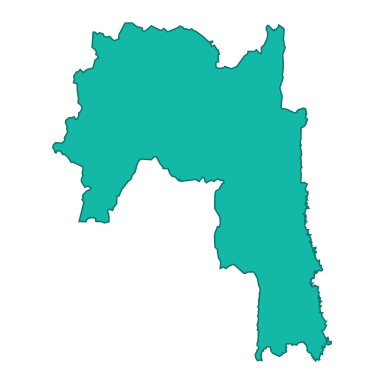 outline of Morona, Morona Santiago, Ecuador
{"feature_id": "8360857B55598712606622", "entity_name": "Morona", "entity_type": "district", "adm_level": 2, "iso_a3": "ECU", "parent_name": "Ecuador", "parent_adm1": "Morona Santiago", "projection": "equal_earth", "projection_center": [-78.014, -2.429], "detail": "fine", "context": "isolated", "style": "filled", "palette": "teal", "viewbox_px": 384, "rotation_deg": 0, "n_neighbors": 0, "source": "geoboundaries", "source_scale": "gbopen_adm2", "svg_char_len": 5947}
<svg xmlns="http://www.w3.org/2000/svg" viewBox="0 0 384 384"><path d="M79.1,221.5L86.1,221.7L87.0,219.2L88.3,218.2L93.1,217.6L95.4,218.4L96.0,221.5L101.4,221.5L104.4,222.9L109.0,221.6L108.9,216.3L107.6,211.5L108.3,209.5L110.1,209.3L112.3,210.4L113.3,209.2L113.3,207.9L116.6,203.7L116.9,195.9L119.0,196.0L121.7,189.6L127.9,181.7L131.1,178.9L132.1,175.5L135.1,172.0L137.2,163.9L139.2,160.3L141.5,159.0L151.2,159.7L154.3,156.5L156.5,157.1L160.5,164.3L162.8,166.7L163.1,168.5L168.2,168.7L169.8,173.4L171.9,176.1L175.5,177.1L178.5,180.5L179.5,179.3L179.6,180.6L180.8,181.3L195.9,179.4L199.1,181.5L202.6,177.1L204.6,178.4L204.9,181.4L206.4,182.8L209.5,180.8L212.2,180.4L214.1,181.5L215.3,180.1L218.6,178.9L220.4,180.6L223.4,180.3L223.8,183.0L222.2,183.6L219.2,189.0L215.8,191.2L215.0,193.8L214.7,208.3L219.9,217.3L220.3,223.5L219.5,226.9L217.6,226.6L215.2,232.3L214.5,236.4L215.1,247.3L217.6,249.4L217.4,251.2L218.7,258.6L219.9,259.4L220.7,262.8L220.2,268.4L223.3,267.0L226.2,268.5L228.2,266.5L232.9,264.3L235.2,265.4L243.7,273.2L245.3,273.4L248.1,272.0L254.0,272.0L257.4,278.3L258.9,285.9L260.4,289.2L259.3,294.1L259.5,297.1L258.8,298.9L259.5,299.6L258.7,300.5L258.9,304.5L257.8,307.0L259.2,309.4L258.2,311.6L258.6,313.5L257.7,315.7L258.4,317.8L258.3,320.7L257.2,324.8L258.1,328.9L257.3,329.8L259.0,331.8L258.2,333.0L258.4,336.8L257.8,340.1L258.5,341.2L257.3,342.5L257.1,345.4L258.2,346.1L258.9,348.7L257.5,349.6L255.2,354.9L255.9,358.0L257.4,360.6L260.5,359.9L261.3,360.6L262.0,360.4L261.1,356.8L261.4,352.7L262.2,351.1L263.4,350.9L263.8,348.9L265.8,348.6L266.8,346.5L270.4,347.0L271.1,351.1L272.6,353.1L279.2,356.3L282.2,354.7L282.3,353.0L284.2,353.2L286.5,351.5L285.8,349.2L286.6,347.7L285.9,345.5L286.2,344.0L291.1,343.7L292.2,345.3L293.7,344.3L296.7,345.1L297.8,343.1L302.2,341.9L304.2,342.2L304.2,343.4L305.9,344.5L307.3,347.8L307.1,350.3L307.7,351.6L311.5,353.8L311.6,355.8L313.5,356.9L313.1,357.7L313.8,357.4L314.0,359.1L315.8,361.0L316.5,358.9L318.5,360.0L319.7,359.7L319.3,357.7L320.7,353.6L322.5,354.4L322.3,351.6L323.6,350.0L322.1,347.7L322.3,346.2L324.2,347.8L324.9,347.2L324.9,345.3L326.5,343.4L328.1,345.0L331.2,343.8L331.2,341.6L330.3,342.0L327.8,340.6L328.4,338.7L327.9,337.4L327.2,337.7L327.1,341.6L326.2,341.7L326.3,339.5L322.0,331.0L324.2,329.8L326.5,325.3L324.5,323.9L326.1,321.5L325.6,321.6L321.9,316.4L321.7,313.9L322.6,312.8L319.9,312.4L320.4,310.9L319.6,308.8L321.0,305.7L319.1,305.9L319.9,303.1L318.6,301.4L320.1,302.3L321.3,301.5L319.9,300.4L320.4,298.0L319.4,298.0L319.0,299.4L318.2,297.4L319.4,296.9L318.5,294.5L319.1,292.4L318.1,291.9L317.6,290.0L318.5,287.1L315.6,285.6L314.5,286.6L314.1,285.3L312.2,286.7L311.3,285.1L312.5,283.4L310.5,284.3L309.9,283.5L311.4,281.7L310.4,279.4L311.5,279.5L312.3,277.7L313.7,278.6L314.4,277.1L314.0,274.1L316.2,273.3L315.9,272.6L314.4,272.9L314.7,271.0L317.4,272.2L318.1,270.4L321.6,270.9L322.6,269.5L321.0,267.3L321.1,265.3L319.6,265.4L319.3,260.4L317.9,261.4L315.8,258.7L315.2,255.7L314.2,255.2L315.0,253.2L315.8,253.4L316.2,251.6L314.9,250.6L313.8,252.5L312.9,250.8L313.3,249.2L314.7,249.9L314.7,248.2L315.8,248.4L315.8,247.3L312.4,248.2L311.5,246.5L312.2,245.7L311.2,244.3L312.1,242.4L311.4,243.2L309.7,242.6L309.9,241.3L310.9,242.3L311.5,241.6L310.7,241.0L311.1,239.7L310.2,237.3L309.2,236.1L310.5,234.8L309.0,234.9L308.5,233.7L307.8,235.0L306.8,234.5L308.5,229.8L305.9,229.7L305.8,227.3L304.6,226.6L304.7,224.7L305.9,222.7L304.7,222.5L304.7,220.7L306.2,220.9L305.0,219.8L305.8,218.9L306.1,216.3L305.7,215.1L304.9,216.7L304.7,215.0L303.4,214.0L304.8,212.9L306.1,208.3L308.8,208.3L308.1,206.8L307.3,206.8L307.7,205.7L306.8,206.6L306.6,205.5L306.0,205.5L305.9,204.5L306.9,204.5L307.0,202.8L305.4,203.3L306.5,199.7L307.4,200.0L307.1,199.0L306.3,199.1L306.9,197.4L305.9,197.5L306.1,196.3L307.3,195.7L308.1,193.7L307.7,191.6L306.6,192.0L305.2,188.8L307.2,184.1L303.9,182.3L301.3,183.3L300.8,182.0L301.2,174.8L300.6,169.1L301.9,166.9L301.2,166.2L301.0,158.8L300.1,158.1L301.3,155.9L301.6,153.4L300.1,145.6L301.1,145.5L300.2,142.4L300.9,139.4L301.1,128.1L304.3,126.2L306.5,123.0L306.2,121.4L307.0,121.0L307.4,119.3L305.4,117.3L306.6,113.5L305.8,113.5L306.2,111.8L305.5,108.9L303.6,108.1L298.0,110.0L295.9,112.6L294.6,113.0L286.4,109.1L282.2,108.8L281.0,107.6L282.1,96.1L279.7,87.9L283.1,77.9L282.4,75.2L283.4,66.2L282.7,54.4L285.2,47.7L284.1,44.5L283.4,38.4L284.1,29.6L283.0,27.9L278.6,25.0L278.6,26.7L275.6,29.9L274.6,29.5L273.5,30.7L268.7,25.6L267.5,25.4L266.1,28.0L267.9,33.8L267.1,38.6L264.0,45.2L261.4,47.3L261.4,53.5L259.2,53.1L256.3,49.7L254.7,51.5L248.1,51.4L247.5,54.2L245.0,55.4L236.7,66.7L231.2,68.8L224.8,66.5L223.7,67.8L220.6,68.3L218.1,68.4L215.9,66.9L215.9,62.3L218.5,61.7L218.1,54.8L219.3,54.3L218.1,49.9L216.9,49.4L214.3,45.3L212.0,46.4L210.3,43.5L212.5,42.2L212.5,41.1L209.5,42.0L207.7,41.0L202.7,36.3L195.3,31.0L193.7,30.9L191.9,28.9L189.2,29.8L185.2,28.7L184.1,29.3L182.8,27.3L179.9,26.0L177.9,27.7L167.8,31.9L163.8,28.4L161.6,30.4L159.9,30.2L151.3,25.9L145.5,30.8L143.6,31.4L142.6,30.6L142.0,27.8L136.8,26.7L132.1,23.0L125.1,23.1L119.2,34.2L118.6,39.0L114.6,40.7L112.7,39.8L109.7,36.3L106.1,37.3L103.9,35.9L102.9,33.7L99.3,32.8L97.3,34.2L94.9,32.1L93.1,32.3L92.1,47.3L95.3,49.7L96.4,52.0L95.8,54.5L97.1,55.1L98.7,58.0L97.0,58.4L95.0,60.4L93.0,67.9L86.9,69.6L83.4,72.6L80.2,69.4L77.8,72.0L76.5,71.9L73.8,76.1L74.3,79.6L73.5,82.7L77.3,83.7L77.3,90.1L78.5,98.6L78.0,102.7L81.1,105.4L82.1,107.5L81.7,109.0L80.5,111.7L78.8,112.9L78.6,116.6L76.8,119.1L75.4,119.6L74.2,116.8L71.7,117.9L69.1,117.7L65.9,120.2L65.5,122.7L67.1,126.2L66.8,129.1L67.8,132.1L64.5,137.4L64.9,140.6L61.6,143.3L55.8,142.7L53.4,144.9L52.8,147.7L54.2,149.5L55.0,152.4L56.0,152.9L57.3,150.8L60.3,150.9L62.6,154.2L64.9,154.5L67.8,157.1L71.2,162.3L73.2,162.2L82.8,166.7L83.1,168.3L82.2,173.6L83.0,175.7L81.3,179.3L81.6,182.0L84.9,187.2L87.8,186.2L90.7,187.6L90.6,189.3L86.4,191.1L83.0,195.0L82.6,197.2L83.1,198.7L82.0,199.6L83.9,202.3L79.1,221.5Z" fill="#14b8a6" stroke="#0f766e" stroke-width="1.5"/></svg>